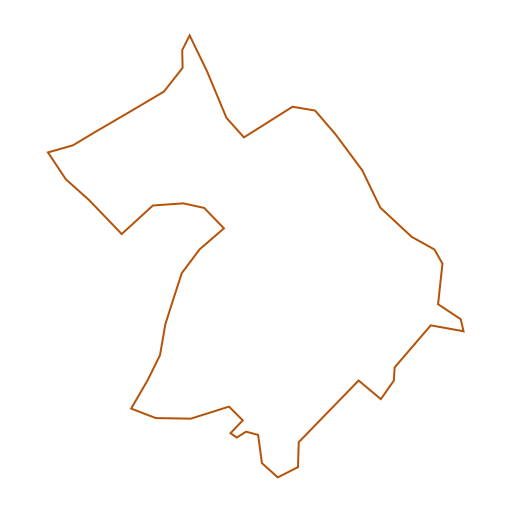 Ulugnar, Andijon, Uzbekistan, rotated 89°
{"feature_id": "79887680B97911252833963", "entity_name": "Ulugnar", "entity_type": "district", "adm_level": 2, "iso_a3": "UZB", "parent_name": "Uzbekistan", "parent_adm1": "Andijon", "projection": "orthographic", "projection_center": [71.683, 40.776], "detail": "fine", "context": "isolated", "style": "outline", "palette": "amber", "viewbox_px": 512, "rotation_deg": 89, "n_neighbors": 0, "source": "geoboundaries", "source_scale": "gbopen_adm2", "svg_char_len": 814}
<svg xmlns="http://www.w3.org/2000/svg" viewBox="0 0 512 512"><g transform="rotate(89 256 256)"><path d="M477.7,238.1L467.8,217.7L442.9,216.5L382.3,155.6L401.3,133.7L383.1,120.4L369.8,119.3L328.4,82.5L334.9,49.8L322.8,52.4L307.4,74.8L266.9,69.7L252.6,77.5L239.6,100.0L209.8,130.9L172.3,148.2L135.7,174.4L111.6,194.4L107.4,216.9L137.2,266.0L117.4,283.1L70.1,301.9L34.3,318.5L48.9,326.2L66.6,326.1L90.0,345.2L107.6,376.1L128.7,413.8L142.1,437.0L148.8,462.2L176.0,444.8L197.0,422.1L219.6,401.1L231.7,389.9L203.7,358.2L202.1,327.8L207.0,307.0L227.8,287.6L248.3,312.2L271.8,330.5L296.8,339.1L322.5,347.8L353.4,353.7L378.1,366.4L406.4,383.5L416.3,359.1L417.5,324.1L406.1,285.6L420.1,272.1L432.7,284.6L437.2,278.4L431.5,269.0L434.9,257.0L463.2,253.7L477.7,238.1Z" fill="none" stroke="#b45309" stroke-width="2"/></g></svg>